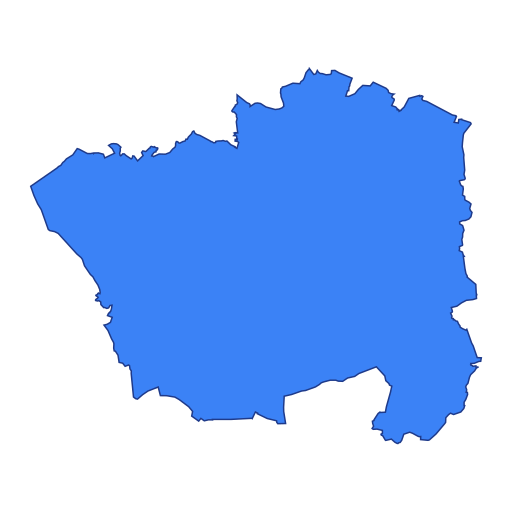 the district of Tarímbaro, Michoacán, Mexico
{"feature_id": "50627088B67720423022002", "entity_name": "Tarímbaro", "entity_type": "district", "adm_level": 2, "iso_a3": "MEX", "parent_name": "Mexico", "parent_adm1": "Michoacán", "projection": "robinson", "projection_center": [-101.153, 19.816], "detail": "fine", "context": "isolated", "style": "filled", "palette": "blue", "viewbox_px": 512, "rotation_deg": 0, "n_neighbors": 0, "source": "geoboundaries", "source_scale": "gbopen_adm2", "svg_char_len": 6029}
<svg xmlns="http://www.w3.org/2000/svg" viewBox="0 0 512 512"><path d="M461.6,302.8L466.4,300.3L472.8,299.6L476.5,298.5L476.3,295.0L476.8,294.8L476.2,293.1L475.8,284.4L467.1,277.1L467.3,276.2L465.9,273.5L464.9,268.3L463.3,256.1L464.1,256.2L463.1,254.6L462.4,252.1L459.2,250.6L459.6,248.6L459.4,246.6L462.4,245.4L462.6,244.9L461.8,239.4L462.6,237.0L462.7,233.5L464.0,230.2L462.8,226.1L462.5,225.5L459.7,223.9L459.6,221.9L462.5,220.7L465.2,220.5L468.9,219.0L470.9,216.8L472.0,212.4L470.5,210.6L469.7,208.6L471.0,204.0L469.0,202.2L465.3,200.2L464.8,199.6L464.7,196.4L462.5,195.1L463.3,189.0L462.9,186.4L462.0,186.1L460.7,184.9L459.3,181.2L459.5,180.7L464.3,179.7L464.9,179.2L465.2,178.3L464.0,174.4L464.7,170.1L463.7,157.5L463.9,154.8L462.2,146.7L462.5,142.6L463.3,135.1L463.8,133.3L471.1,123.9L470.5,122.6L461.4,119.6L461.5,119.2L458.8,119.5L458.3,123.0L454.1,122.3L456.4,116.6L455.8,116.2L455.9,115.7L452.4,115.0L426.7,101.4L422.8,100.4L421.8,99.0L422.9,96.4L421.7,95.7L419.9,96.3L419.7,95.4L408.8,98.4L404.2,107.0L401.0,110.0L401.1,110.3L399.1,111.4L398.7,110.2L398.9,110.0L398.4,109.6L398.1,110.0L397.1,109.7L397.5,109.0L395.7,107.0L391.7,105.6L394.2,100.2L394.2,99.1L391.9,97.5L391.8,96.6L393.0,94.7L393.9,94.1L391.0,93.7L388.6,92.5L388.1,90.3L386.1,88.3L373.2,82.2L370.2,85.9L362.8,85.4L358.4,89.4L354.9,93.7L348.7,96.4L345.8,96.1L347.5,90.7L348.7,90.7L349.0,86.9L349.7,85.9L349.8,84.4L352.1,78.2L339.1,72.9L334.9,70.4L331.6,70.6L331.3,73.6L330.4,74.4L326.1,74.8L322.3,73.6L320.2,73.5L318.4,72.2L317.3,70.5L315.8,73.9L313.8,74.5L309.3,68.5L309.0,69.6L308.3,69.8L306.0,72.7L304.3,77.8L303.2,79.9L300.8,81.8L299.9,83.7L292.9,83.2L285.5,86.3L282.4,87.0L281.7,88.3L280.8,88.9L280.5,93.0L280.9,94.1L281.1,96.8L283.5,103.1L283.8,106.3L281.8,108.0L279.1,109.0L275.2,109.5L266.0,107.0L260.5,103.5L257.5,103.0L255.0,103.3L250.1,106.5L250.2,105.1L249.5,103.8L246.8,102.6L237.1,94.9L237.2,99.0L236.9,100.7L237.7,102.8L236.9,104.3L235.3,105.1L235.1,106.6L234.6,106.7L231.9,110.7L232.0,111.4L232.9,112.0L234.3,112.1L236.5,114.6L236.4,116.8L237.2,118.4L236.3,121.8L237.7,132.9L235.1,132.6L234.2,133.0L235.5,133.8L233.8,135.6L236.6,136.0L236.8,137.5L236.6,138.3L237.4,138.8L237.2,139.8L235.2,139.4L235.1,141.1L237.6,141.5L238.7,142.5L236.9,148.4L234.7,147.1L235.0,146.7L230.9,144.8L226.9,141.0L225.4,141.3L223.1,140.5L221.4,140.9L218.1,141.0L215.8,141.4L215.6,142.5L213.7,142.8L211.7,141.6L210.8,141.6L210.5,141.1L199.9,135.4L196.8,134.5L195.0,133.3L193.8,131.0L192.6,131.6L191.3,134.1L188.4,137.0L187.3,139.3L186.0,139.1L185.1,141.0L182.8,141.6L179.9,143.1L178.9,143.0L178.1,142.1L176.9,141.5L176.3,141.6L175.6,143.4L175.6,145.5L175.1,147.1L172.6,149.1L169.8,152.5L165.4,154.2L159.1,154.0L153.5,156.6L153.2,156.2L151.7,155.9L152.1,154.9L154.2,152.3L156.0,151.8L156.2,150.3L156.9,150.2L157.8,148.8L157.6,147.9L156.3,147.9L154.3,146.7L154.0,147.2L151.2,146.4L150.4,146.9L150.0,148.0L149.4,148.1L146.1,151.3L145.5,151.5L142.8,150.9L141.6,152.5L143.1,155.6L137.6,160.9L134.1,156.1L132.8,155.9L132.1,158.2L131.1,158.9L126.0,155.5L124.3,153.9L122.6,153.9L121.3,155.5L120.6,155.8L120.2,155.5L119.6,153.2L120.3,150.9L120.2,148.4L120.9,147.2L118.0,144.6L116.5,143.9L113.5,143.6L111.3,143.9L108.6,145.4L112.3,148.8L114.6,153.2L104.8,157.9L103.4,154.3L103.0,154.1L98.4,152.9L94.5,153.0L93.7,153.5L93.7,153.0L90.4,153.6L87.3,153.5L79.1,149.2L77.2,148.6L72.8,154.9L66.4,158.9L64.3,161.4L62.8,162.5L60.8,165.4L58.6,166.5L56.9,168.1L30.7,186.3L33.9,195.4L37.7,203.9L41.3,209.7L48.3,229.5L49.8,230.6L54.6,231.6L58.2,233.4L76.9,254.0L81.0,257.5L82.4,259.4L84.5,265.8L90.4,274.5L92.9,276.8L95.0,280.7L97.9,285.0L99.7,289.4L100.2,292.5L99.9,293.7L98.4,293.0L97.6,293.8L97.6,294.4L95.9,295.2L95.9,295.6L98.2,297.3L97.4,298.4L95.9,299.4L95.5,300.1L95.8,300.6L97.8,301.0L98.9,300.6L100.7,301.9L100.9,304.6L103.7,307.6L104.7,307.5L106.8,308.4L108.6,307.9L110.0,305.5L112.0,305.2L111.4,309.1L110.6,311.4L109.7,312.2L109.7,312.7L109.1,312.8L108.3,313.8L107.5,315.6L112.2,317.3L110.4,322.4L107.1,324.3L104.0,325.1L108.0,330.5L111.5,338.7L113.5,342.3L113.9,343.8L113.7,348.1L114.2,350.9L115.4,351.2L118.0,355.2L119.1,362.4L122.7,363.2L125.1,366.3L128.6,365.0L129.5,365.6L130.0,369.0L131.3,370.9L131.2,373.4L133.5,397.0L135.7,398.7L137.5,399.1L142.7,394.6L148.0,391.0L158.2,387.0L160.4,395.6L166.7,395.7L174.9,397.1L179.1,399.5L188.7,406.7L192.6,411.4L191.7,416.1L198.7,421.1L200.9,418.4L204.3,420.8L208.6,419.8L212.5,419.9L212.4,419.4L230.8,419.4L251.9,418.3L252.2,418.6L255.4,412.0L257.6,413.1L257.3,413.7L267.2,418.5L276.6,420.8L276.8,422.4L277.8,423.7L285.6,423.5L283.7,411.5L283.6,407.2L284.2,396.2L291.6,394.5L301.6,391.0L305.5,390.5L315.5,386.9L319.5,384.4L321.3,382.8L323.7,381.9L330.2,380.2L335.8,380.2L338.2,381.1L342.7,381.3L347.6,378.0L354.7,376.4L358.9,373.5L376.4,366.8L384.8,375.9L385.8,380.7L388.9,383.5L389.5,385.1L391.8,386.1L390.5,392.1L386.4,406.8L385.4,412.2L379.9,412.5L379.8,412.2L378.1,413.5L374.0,419.8L374.0,420.5L372.4,421.2L372.7,423.5L373.6,426.2L372.1,428.5L373.2,429.3L377.0,429.1L382.4,430.4L382.4,433.4L381.0,434.2L381.3,435.1L382.7,435.7L385.3,440.1L385.7,440.4L391.4,439.1L395.0,442.3L397.1,443.4L398.0,443.5L398.6,442.8L400.2,442.4L401.7,440.3L403.8,434.2L409.7,432.2L412.6,433.3L417.9,436.2L419.3,436.7L420.7,436.5L420.6,439.6L428.0,440.3L429.4,439.9L436.0,434.0L444.6,423.8L445.6,422.4L445.8,417.7L448.6,414.6L450.5,413.2L453.6,414.5L460.8,412.0L463.8,408.5L464.7,405.6L464.1,405.5L464.1,402.2L465.8,399.4L467.6,394.5L467.4,392.4L466.2,392.3L466.7,389.8L465.7,386.9L466.4,385.1L467.9,383.4L469.5,377.2L470.7,374.6L474.6,370.9L476.4,368.0L478.5,367.0L475.9,367.0L475.9,365.9L472.9,366.3L472.3,365.6L471.0,365.2L470.7,364.8L471.0,364.5L470.8,363.5L474.3,363.3L478.9,361.4L480.7,361.3L481.3,357.8L477.2,357.6L473.2,345.9L471.6,343.0L466.8,329.3L466.0,330.2L462.6,328.7L460.2,327.2L459.9,325.7L458.7,324.2L457.4,321.3L455.9,321.0L454.5,319.8L453.4,319.8L453.4,318.6L451.9,318.3L451.6,317.8L452.0,316.1L450.6,313.1L452.3,312.0L452.4,311.2L451.3,307.5L456.9,306.2L461.6,302.8Z" fill="#3b82f6" stroke="#1e3a8a" stroke-width="1.5"/></svg>